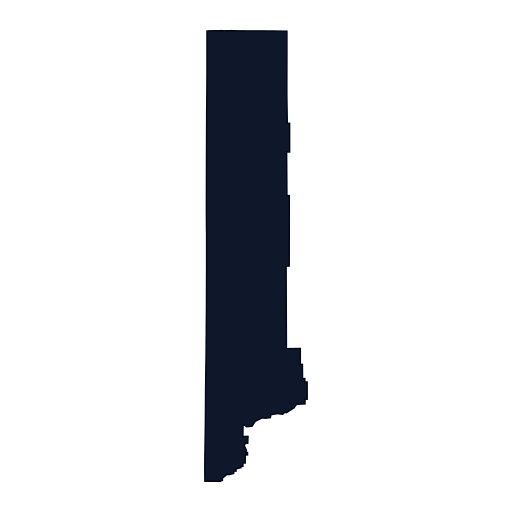 Washoe, Nevada, United States of America
{"feature_id": "52423323B90728161292494", "entity_name": "Washoe", "entity_type": "district", "adm_level": 2, "iso_a3": "USA", "parent_name": "United States of America", "parent_adm1": "Nevada", "projection": "albers", "projection_center": [-119.703, 40.582], "detail": "fine", "context": "isolated", "style": "filled", "palette": "ink", "viewbox_px": 512, "rotation_deg": 0, "n_neighbors": 0, "source": "geoboundaries", "source_scale": "gbopen_adm2", "svg_char_len": 1412}
<svg xmlns="http://www.w3.org/2000/svg" viewBox="0 0 512 512"><path d="M205.2,436.8L205.0,447.9L204.9,455.0L204.9,457.2L204.8,457.6L204.9,461.2L204.8,463.3L204.8,471.2L204.8,471.7L204.9,481.2L220.1,481.3L222.4,480.4L222.4,478.1L226.8,474.5L229.6,474.5L233.7,473.4L233.7,471.1L236.0,471.1L236.0,468.8L240.9,467.7L240.7,466.4L242.9,466.4L242.9,462.9L245.2,463.0L245.2,454.9L247.5,454.9L247.5,452.6L246.4,452.6L246.4,450.2L244.2,445.7L245.3,443.3L247.7,443.3L248.0,436.4L242.9,436.5L242.9,435.6L243.0,425.5L243.9,424.9L246.7,426.7L252.0,426.2L255.2,421.3L262.0,417.9L265.5,418.2L270.3,417.6L271.0,414.6L277.6,413.6L282.8,414.2L284.4,412.4L286.6,412.6L293.9,407.7L293.5,408.6L296.5,404.2L305.0,403.9L305.0,399.2L307.2,399.2L307.1,382.0L304.8,382.1L304.8,378.6L302.5,378.6L302.4,364.4L300.3,364.4L300.3,348.5L286.4,348.7L286.1,266.1L289.2,266.0L289.3,195.6L286.9,195.6L286.6,151.9L289.6,152.0L289.6,123.3L287.3,123.4L286.8,95.4L286.9,53.0L286.9,31.2L282.6,31.2L272.6,31.0L239.4,30.9L231.8,30.7L224.8,30.8L222.0,30.7L220.4,30.7L208.5,30.9L207.0,31.1L207.0,50.2L207.0,70.1L206.9,90.0L206.9,90.9L206.7,109.8L206.5,160.1L206.4,209.6L206.4,210.5L206.5,229.2L206.6,233.8L206.6,268.9L206.5,297.3L206.5,306.6L206.3,328.4L206.3,333.9L206.3,336.2L206.2,337.1L206.1,355.4L205.8,372.1L205.7,383.4L205.7,383.5L205.6,390.8L205.6,392.6L205.4,421.8L205.2,436.8L205.2,436.8Z" fill="#0f172a" stroke="#020617" stroke-width="1.5"/></svg>